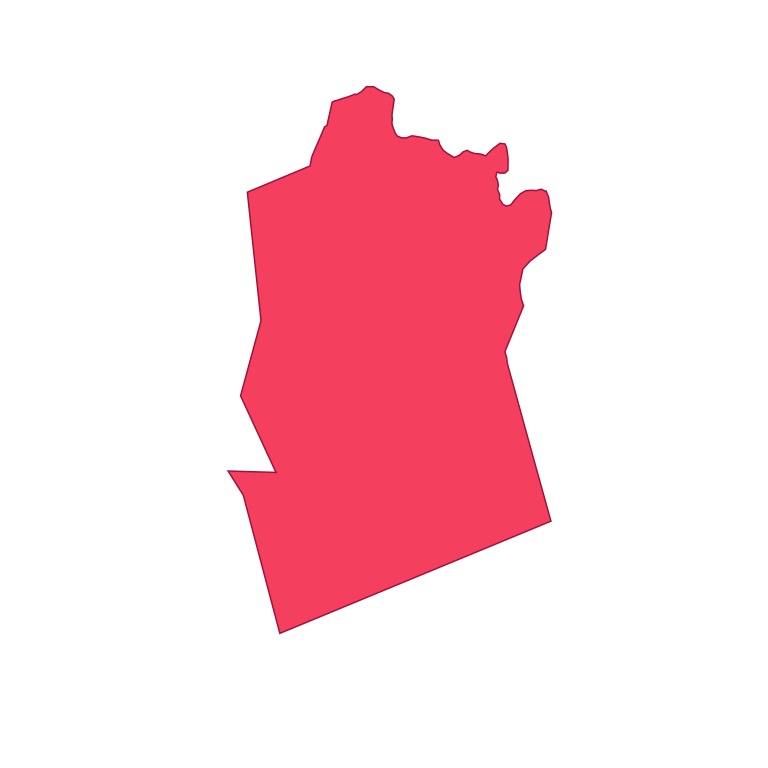 the district of San Miguel Yotao, Oaxaca, Mexico, rotated 299°
{"feature_id": "50627088B59382094146317", "entity_name": "San Miguel Yotao", "entity_type": "district", "adm_level": 2, "iso_a3": "MEX", "parent_name": "Mexico", "parent_adm1": "Oaxaca", "projection": "albers", "projection_center": [-96.324, 17.347], "detail": "fine", "context": "isolated", "style": "filled", "palette": "rose", "viewbox_px": 768, "rotation_deg": 299, "n_neighbors": 0, "source": "geoboundaries", "source_scale": "gbopen_adm2", "svg_char_len": 1443}
<svg xmlns="http://www.w3.org/2000/svg" viewBox="0 0 768 768"><g transform="rotate(299 384 384)"><path d="M605.4,202.0L582.4,208.8L580.0,207.4L570.6,208.4L550.0,210.4L546.9,210.9L538.9,213.6L485.5,171.5L379.8,245.7L304.1,264.3L254.3,332.4L232.3,289.8L218.5,314.9L115.4,413.8L116.2,414.4L345.0,596.5L384.3,557.8L462.0,481.7L466.8,478.3L470.8,474.1L520.1,468.2L524.9,462.9L532.3,457.3L536.9,454.3L552.1,449.7L552.8,449.9L562.2,452.1L572.0,456.3L580.1,460.0L615.3,447.4L618.4,444.1L627.4,437.2L631.3,432.2L630.9,432.1L630.6,427.1L627.1,423.5L624.6,418.5L621.9,414.4L616.7,411.1L608.8,409.1L602.0,408.0L598.9,404.7L598.8,400.8L601.8,395.4L605.7,393.4L609.1,389.1L613.7,387.4L617.0,384.6L618.9,382.3L619.2,381.7L619.4,381.3L622.6,380.4L624.2,380.2L624.5,382.9L627.1,387.5L631.0,388.8L640.7,383.6L644.6,380.9L650.4,376.4L652.6,373.4L650.8,368.8L646.5,366.9L643.4,365.5L638.4,363.8L632.9,362.3L632.0,357.1L629.3,350.7L628.6,346.0L628.8,343.6L625.7,340.8L620.7,339.1L616.1,335.6L616.4,327.2L617.2,322.2L620.5,316.5L623.6,313.4L620.4,307.4L619.0,300.7L617.0,294.5L614.7,288.2L610.1,284.2L607.9,280.3L607.3,275.4L608.8,272.3L612.7,267.5L615.7,264.6L619.8,262.8L623.0,260.6L638.1,254.8L639.8,251.8L639.9,251.7L640.5,247.1L639.0,242.8L638.8,236.9L639.0,231.3L639.0,230.9L635.6,224.5L628.9,222.6L623.9,219.8L623.5,218.1L620.7,215.8L617.5,213.1L612.8,208.6L609.1,205.2L607.2,203.2L605.4,202.0Z" fill="#f43f5e" stroke="#9f1239" stroke-width="1.5"/></g></svg>